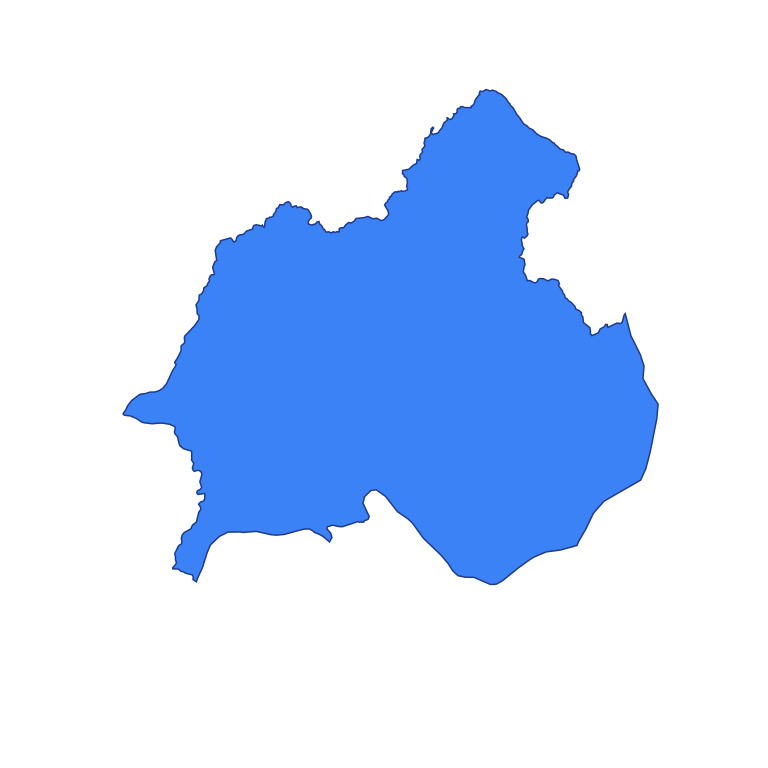 Murung Raya, Kalimantan Tengah, Indonesia, rotated 336°
{"feature_id": "22746128B54866510421393", "entity_name": "Murung Raya", "entity_type": "district", "adm_level": 2, "iso_a3": "IDN", "parent_name": "Indonesia", "parent_adm1": "Kalimantan Tengah", "projection": "orthographic", "projection_center": [114.086, -0.044], "detail": "fine", "context": "isolated", "style": "filled", "palette": "blue", "viewbox_px": 768, "rotation_deg": 336, "n_neighbors": 0, "source": "geoboundaries", "source_scale": "gbopen_adm2", "svg_char_len": 6171}
<svg xmlns="http://www.w3.org/2000/svg" viewBox="0 0 768 768"><g transform="rotate(336 384 384)"><path d="M633.0,417.8L631.4,418.7L626.8,424.4L625.3,424.9L624.3,424.8L621.8,423.1L612.1,423.3L611.3,422.9L612.2,420.6L610.7,419.7L608.6,421.3L603.9,421.6L600.6,424.4L593.6,424.4L593.6,423.3L592.8,422.1L594.1,419.9L595.0,416.3L591.2,409.0L592.9,403.8L592.4,400.9L593.4,399.3L592.2,396.3L589.8,393.8L590.0,390.9L588.2,385.5L586.4,383.0L586.0,380.7L584.6,378.9L585.1,376.0L584.5,373.5L584.9,371.7L583.5,365.1L585.1,363.7L585.1,360.4L582.8,358.0L579.8,356.3L575.7,356.5L572.3,352.5L568.8,350.9L567.7,351.0L565.1,353.1L562.7,353.0L559.3,348.8L557.0,347.9L557.5,341.5L556.8,338.4L559.9,333.5L561.2,332.7L562.6,327.5L562.5,326.6L559.1,323.3L560.3,322.2L562.5,321.7L564.6,319.1L566.8,317.5L566.6,313.5L567.5,311.4L568.0,308.5L569.3,306.5L570.4,306.1L571.6,307.9L575.1,306.8L576.5,305.6L576.6,303.4L577.8,301.1L578.9,296.4L579.8,295.2L582.0,294.3L582.6,292.2L582.4,289.1L584.5,287.3L586.8,283.9L592.1,280.8L598.6,278.9L600.3,279.3L601.0,282.1L601.9,283.0L603.7,282.7L608.6,279.9L610.0,281.1L613.7,282.6L615.0,282.0L616.1,280.7L619.9,279.8L620.8,279.9L621.1,281.0L624.3,283.9L624.9,285.8L624.8,287.5L625.3,288.3L627.5,288.8L629.9,285.6L629.7,283.4L632.5,281.2L635.7,279.7L636.5,278.1L637.9,276.5L639.4,276.2L640.5,274.2L644.5,272.1L647.9,268.2L648.7,268.6L650.1,267.5L651.2,257.4L652.1,253.8L651.2,251.4L648.3,249.3L646.4,246.9L644.2,246.3L643.0,243.0L640.4,241.0L638.7,236.5L638.0,235.8L637.2,232.7L636.3,232.1L634.5,228.0L632.8,225.9L628.1,221.7L625.3,217.7L623.3,212.3L620.5,209.0L619.5,206.1L617.3,203.0L616.3,196.4L615.0,191.7L614.3,184.6L612.8,180.7L613.1,179.6L612.1,177.2L611.7,173.2L609.2,167.3L606.4,164.2L605.7,162.6L602.7,159.7L600.3,159.6L597.0,156.5L593.0,156.9L591.0,155.5L589.2,157.3L589.3,158.6L588.0,158.7L584.1,160.8L581.6,162.8L580.5,164.5L578.1,165.7L576.6,165.7L576.0,166.9L570.3,164.4L568.2,162.2L566.5,161.9L565.3,163.1L563.7,162.3L562.3,163.2L561.3,165.5L559.7,166.2L557.4,165.6L557.2,167.0L553.8,169.5L551.3,168.9L550.3,166.6L549.8,166.6L549.2,168.7L544.8,169.9L541.2,173.6L537.6,175.2L535.8,176.7L530.3,176.0L529.5,174.5L529.6,173.4L533.5,170.3L533.0,169.3L530.9,170.0L527.9,174.9L524.6,176.5L521.3,176.2L520.6,177.9L518.7,179.9L518.1,183.3L514.1,185.2L513.4,188.0L510.5,189.1L509.2,190.7L508.7,193.1L508.0,193.6L507.1,193.8L505.6,192.4L503.4,195.8L499.5,196.0L494.0,197.9L487.8,196.5L486.4,199.4L487.3,201.4L486.9,202.8L488.2,204.5L488.3,206.6L487.2,209.7L485.0,212.8L485.0,215.0L484.0,216.2L481.7,216.2L479.3,215.5L478.3,214.5L476.2,214.5L475.4,213.7L474.1,214.0L472.4,212.9L469.2,213.6L466.5,215.5L465.1,215.5L464.3,217.0L462.9,217.3L460.8,219.1L458.8,219.6L457.3,220.8L458.1,227.3L457.5,230.3L456.3,231.6L450.4,234.0L447.8,233.5L444.9,229.6L441.0,228.5L437.5,224.4L433.0,223.8L425.8,221.4L422.8,223.2L419.2,223.5L417.5,222.1L413.7,223.0L410.7,224.8L407.7,223.7L406.1,224.0L405.2,226.4L404.5,226.8L403.1,225.7L401.1,225.7L399.7,224.3L397.4,224.5L395.2,222.4L392.8,221.7L392.4,218.6L391.6,217.6L391.5,214.3L390.3,211.3L390.7,209.1L388.8,208.7L385.9,210.1L384.5,209.4L382.9,209.6L380.2,207.3L380.5,205.2L382.6,203.6L384.8,202.9L385.9,201.4L386.2,198.5L385.5,193.9L385.0,193.1L381.8,191.1L381.3,189.8L380.5,189.5L380.3,188.4L376.3,187.5L376.4,185.7L374.7,185.0L372.5,185.4L371.5,183.1L372.0,182.2L371.7,179.7L370.6,178.5L367.8,178.3L364.9,179.5L361.8,177.7L359.1,180.0L357.2,179.9L355.3,182.3L353.0,183.9L352.1,184.0L351.1,185.6L349.1,185.8L347.3,185.1L346.4,185.6L343.9,185.1L341.5,187.4L338.6,192.0L337.7,191.4L337.5,189.4L336.4,189.7L332.3,186.7L330.1,186.2L329.1,186.5L326.8,189.0L320.7,188.3L316.6,190.1L312.6,189.1L310.8,189.3L309.2,190.1L306.9,193.0L304.6,193.3L303.7,188.8L303.1,188.1L292.8,186.6L291.8,188.4L286.7,190.7L284.1,193.4L281.4,203.2L279.1,203.6L274.9,207.7L273.8,214.4L273.1,215.0L270.8,214.1L269.3,214.5L266.9,216.7L266.5,218.8L263.7,220.6L262.4,222.2L258.5,222.9L257.4,225.1L254.3,227.4L251.3,227.7L248.9,232.4L244.3,235.4L243.8,239.2L242.0,243.5L242.8,246.5L241.1,249.8L234.7,253.7L221.4,259.2L220.2,261.0L219.4,263.9L218.2,265.5L214.4,266.5L213.4,268.0L212.8,270.1L211.1,272.0L206.0,276.2L201.7,278.9L201.4,279.7L202.1,281.1L201.2,282.6L196.2,285.9L185.8,295.0L180.2,297.9L176.0,298.6L171.6,298.2L166.6,296.1L162.7,295.8L157.6,294.3L155.4,294.4L146.6,296.5L140.8,299.7L137.7,302.5L133.8,304.8L133.5,305.5L134.1,306.9L139.4,310.1L143.7,314.7L147.0,320.0L148.8,321.7L156.0,326.0L163.7,328.7L166.9,330.4L171.9,333.7L175.4,337.6L175.5,339.4L173.3,342.1L172.7,344.0L173.9,348.4L172.5,355.5L172.5,357.8L174.7,361.8L180.2,366.4L180.8,367.7L177.3,375.3L177.9,379.3L174.9,382.5L174.5,385.2L175.3,386.7L178.4,387.0L179.8,387.7L181.0,389.7L181.1,391.5L180.7,392.7L176.0,398.4L175.4,404.3L173.5,405.5L170.2,405.7L168.9,406.9L168.8,408.7L169.6,409.4L175.4,411.0L175.5,412.0L173.5,415.9L171.4,417.6L168.6,417.2L166.4,417.9L165.7,418.7L166.3,421.5L166.0,423.1L165.3,424.3L162.7,425.7L156.4,433.9L151.8,434.9L148.4,437.8L141.1,438.4L138.4,439.7L136.1,442.5L134.8,446.9L133.5,447.9L131.4,448.0L130.0,448.6L123.9,453.8L123.0,457.6L122.0,459.6L121.7,462.9L119.7,464.4L116.2,465.9L115.9,467.0L120.9,469.4L122.5,472.9L124.3,473.8L125.7,476.1L131.3,480.5L131.3,482.4L130.0,485.1L132.2,488.4L133.9,486.3L143.6,477.8L153.4,466.6L159.8,460.5L171.6,456.3L181.3,455.8L192.6,460.8L194.7,462.2L207.4,466.7L219.3,475.6L224.2,478.3L231.8,480.9L247.8,483.3L252.3,484.2L256.8,486.0L259.1,489.1L260.4,491.8L262.9,494.0L266.1,498.1L270.0,506.1L274.0,503.0L274.6,498.5L273.0,493.3L274.0,491.4L279.7,492.1L285.3,496.2L288.1,497.5L304.3,499.1L305.6,500.5L307.0,500.3L307.2,501.0L309.1,501.9L310.6,501.0L314.3,501.2L316.6,499.1L316.3,484.4L320.5,479.0L329.0,475.9L334.0,477.6L339.7,487.3L344.4,506.2L350.9,516.8L353.3,522.0L357.3,541.1L366.3,563.1L369.6,574.3L370.8,582.5L373.6,589.2L379.9,593.7L387.5,597.2L399.8,610.5L404.9,612.5L411.5,612.1L431.8,606.7L443.5,604.2L449.2,603.2L454.3,603.1L464.0,603.4L477.6,607.4L494.6,610.0L497.8,607.0L509.9,598.2L522.7,587.3L537.4,580.5L579.3,576.2L588.6,568.0L599.3,554.7L619.0,526.8L626.2,513.9L624.1,501.0L622.8,484.3L628.8,473.5L630.1,461.5L629.2,440.4L633.0,417.8Z" fill="#3b82f6" stroke="#1e3a8a" stroke-width="1.5"/></g></svg>